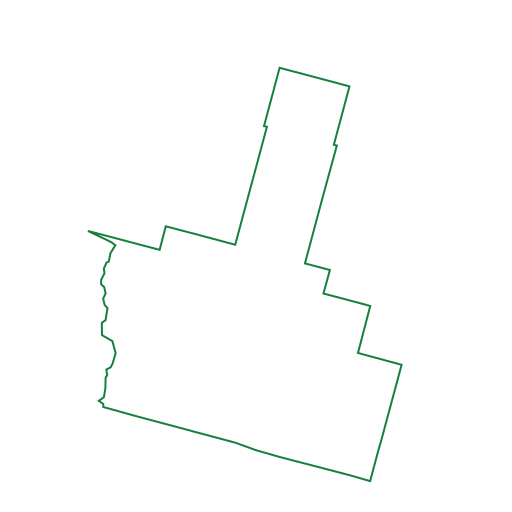 the district of Grant, New Mexico, United States of America, rotated 195°
{"feature_id": "52423323B35670822030134", "entity_name": "Grant", "entity_type": "district", "adm_level": 2, "iso_a3": "USA", "parent_name": "United States of America", "parent_adm1": "New Mexico", "projection": "robinson", "projection_center": [-108.207, 32.536], "detail": "fine", "context": "isolated", "style": "outline", "palette": "green", "viewbox_px": 512, "rotation_deg": 195, "n_neighbors": 0, "source": "geoboundaries", "source_scale": "gbopen_adm2", "svg_char_len": 886}
<svg xmlns="http://www.w3.org/2000/svg" viewBox="0 0 512 512"><g transform="rotate(195 256 256)"><path d="M87.5,68.1L87.5,87.9L87.5,88.1L87.5,100.5L87.5,100.8L87.4,107.1L87.3,107.4L87.2,188.6L132.4,188.7L132.7,237.3L159.6,237.3L181.1,237.2L181.0,261.6L206.8,261.5L206.8,330.3L206.5,383.6L209.6,383.6L209.6,444.0L281.9,443.9L281.9,383.6L278.9,383.6L278.9,348.0L279.0,261.5L320.6,261.5L350.8,261.3L350.7,237.0L424.8,236.7L399.3,231.9L394.6,230.0L397.3,221.2L396.8,212.5L398.7,211.0L399.7,204.3L397.9,200.2L399.4,192.8L398.2,188.5L394.6,186.7L391.6,181.0L392.6,175.3L389.5,169.5L386.0,167.3L384.7,155.2L387.6,151.4L384.3,139.7L372.7,136.6L366.4,125.8L366.7,115.0L367.6,110.8L371.2,107.6L368.9,102.4L369.8,99.7L367.2,89.0L366.4,80.3L370.3,75.4L365.2,73.5L364.4,70.6L332.6,70.3L227.4,70.3L205.6,68.4L181.3,68.0L108.8,68.5L87.5,68.1Z" fill="none" stroke="#15803d" stroke-width="2"/></g></svg>